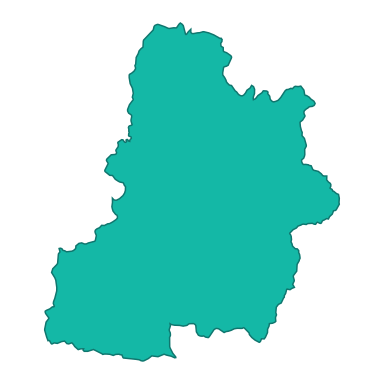 Son Dong, Bắc Giang, Vietnam
{"feature_id": "81297802B10167820950608", "entity_name": "Son Dong", "entity_type": "district", "adm_level": 2, "iso_a3": "VNM", "parent_name": "Vietnam", "parent_adm1": "Bắc Giang", "projection": "robinson", "projection_center": [106.856, 21.328], "detail": "fine", "context": "isolated", "style": "filled", "palette": "teal", "viewbox_px": 384, "rotation_deg": 0, "n_neighbors": 0, "source": "geoboundaries", "source_scale": "gbopen_adm2", "svg_char_len": 5933}
<svg xmlns="http://www.w3.org/2000/svg" viewBox="0 0 384 384"><path d="M338.5,194.4L336.5,193.6L333.6,191.2L332.7,191.0L332.1,189.4L330.2,188.4L330.1,188.0L330.8,186.2L330.8,184.4L330.2,183.3L328.4,182.0L326.7,179.9L326.8,176.0L323.9,176.0L322.7,175.6L321.3,173.8L318.3,171.4L313.6,170.2L312.7,169.3L311.2,165.8L309.0,165.3L308.4,164.8L305.7,164.4L303.4,164.5L302.6,163.7L301.7,162.0L301.6,160.2L301.9,159.6L303.6,158.3L304.5,156.1L304.8,154.5L304.7,149.2L306.2,146.4L306.3,145.2L304.4,138.4L302.0,135.6L302.2,132.3L301.5,130.9L300.4,126.7L300.0,122.7L300.3,121.9L302.6,120.1L304.9,116.4L304.9,115.4L304.3,114.4L303.9,112.8L304.0,111.6L304.4,110.7L306.6,108.7L307.5,108.3L309.4,106.7L312.3,106.4L314.0,105.5L314.6,104.7L315.1,103.4L313.9,101.2L310.8,99.0L309.2,97.2L306.5,95.5L305.2,95.4L304.6,94.3L303.9,90.1L300.8,86.1L298.2,86.6L295.3,86.3L294.4,86.7L292.4,88.7L290.9,88.3L288.4,89.4L286.5,89.6L285.1,90.8L280.8,97.4L278.3,100.2L276.2,101.2L273.7,101.9L272.4,101.5L271.0,100.3L270.2,99.1L269.7,96.2L267.7,93.6L268.0,92.2L267.5,91.5L266.5,91.0L263.5,90.8L263.1,91.0L262.0,92.7L258.0,95.5L255.5,98.7L253.4,99.7L253.2,98.4L253.4,96.7L254.5,93.6L254.6,89.3L253.5,86.6L251.6,85.4L250.1,88.0L247.0,90.2L245.5,93.0L243.6,95.2L242.0,95.9L240.7,95.7L239.3,95.0L238.3,94.2L236.6,91.9L235.2,90.9L231.5,85.5L229.4,85.1L227.3,83.0L226.4,81.7L226.0,80.2L224.6,77.5L222.8,75.0L222.7,72.9L223.6,67.4L224.3,66.8L226.4,66.2L228.1,65.3L231.3,58.3L231.6,57.2L231.3,56.3L230.6,55.5L226.6,52.7L224.1,51.8L223.3,50.9L223.2,47.5L221.4,46.5L221.0,45.9L220.7,43.4L221.9,41.6L222.1,39.4L221.6,39.2L221.2,38.3L219.8,38.3L213.8,34.9L208.8,32.9L204.2,31.8L203.1,31.7L199.7,32.7L197.1,32.9L193.5,33.6L191.9,33.5L190.8,32.4L190.8,29.3L188.3,31.8L186.6,34.2L186.0,34.5L185.5,34.1L183.3,25.7L182.2,24.3L180.3,23.0L179.0,24.2L176.6,27.7L176.0,27.9L173.7,27.8L169.1,28.5L167.9,28.2L164.7,26.7L158.4,24.5L157.4,24.4L155.1,25.3L154.1,26.4L153.2,30.0L143.6,40.1L143.3,41.2L143.0,47.1L140.8,48.9L139.1,50.9L138.2,53.7L136.2,57.4L135.7,64.0L134.9,65.7L135.5,67.6L135.5,68.9L134.0,71.2L131.7,73.1L129.6,74.3L129.2,75.0L129.2,77.7L130.2,83.7L132.4,88.1L133.3,93.4L132.3,97.2L133.2,99.1L133.2,99.7L129.5,104.6L127.6,109.5L127.6,111.0L128.6,113.1L131.2,114.9L131.7,115.8L131.6,117.1L131.0,120.0L131.1,121.2L132.1,124.7L131.4,125.3L129.7,125.8L128.8,126.4L128.4,127.8L128.8,128.9L128.8,131.4L129.2,132.2L128.7,133.8L128.6,135.7L129.1,136.2L130.7,136.7L131.2,137.3L131.3,138.4L130.2,139.5L129.7,140.5L129.7,141.4L128.7,141.1L127.6,139.6L127.1,139.4L126.0,140.1L126.6,141.4L125.7,142.3L125.0,142.3L124.1,141.6L122.9,139.8L121.6,139.7L118.0,142.2L117.8,142.9L118.3,144.6L118.2,146.6L116.0,149.9L115.9,150.7L116.6,152.6L116.3,153.7L115.3,154.4L111.2,154.8L106.9,159.0L106.5,159.9L106.5,160.6L108.1,163.3L108.0,163.9L104.8,170.3L105.0,171.5L109.7,175.3L112.5,175.5L115.3,179.3L118.4,181.3L119.8,182.0L123.0,182.7L123.5,183.2L124.4,185.4L125.5,186.7L125.4,190.4L124.6,193.0L123.0,195.6L119.5,198.7L116.5,200.2L115.2,200.2L114.0,199.9L112.4,198.2L112.5,202.3L111.9,206.7L112.4,209.0L113.1,211.2L115.6,214.4L117.0,215.2L117.4,216.3L117.4,218.2L115.9,219.7L112.7,221.9L109.6,223.6L107.7,223.8L104.4,225.5L101.7,225.3L99.5,227.7L97.0,228.8L95.5,230.0L95.0,231.2L95.2,232.7L96.2,235.1L96.3,235.8L95.3,240.5L94.6,241.3L88.2,243.0L86.4,243.9L84.5,244.0L81.7,242.9L78.9,243.4L75.9,245.9L75.8,248.0L75.2,249.1L73.3,250.6L71.8,251.2L66.5,251.8L64.8,250.8L62.9,250.3L62.0,248.8L61.4,248.5L60.3,248.2L59.1,248.5L59.9,251.5L59.7,252.4L58.7,253.4L58.4,254.1L57.6,263.4L56.6,264.8L52.8,268.7L51.6,272.5L54.8,277.7L55.8,280.2L56.8,287.6L56.7,291.0L54.8,298.4L53.6,301.5L53.3,303.4L54.3,306.3L53.9,306.8L52.3,306.9L49.8,308.9L46.5,310.3L45.2,311.2L45.2,312.2L45.7,313.6L48.8,317.9L48.8,318.5L46.1,322.1L44.7,329.2L44.7,330.2L46.6,336.9L48.0,340.7L48.8,340.5L49.6,340.8L51.1,343.5L51.9,344.0L54.3,342.9L57.3,343.4L61.6,341.6L64.6,341.1L66.9,343.6L68.8,343.9L71.8,342.8L73.5,344.6L74.7,346.5L78.2,349.6L80.5,348.9L83.6,348.8L83.1,350.1L84.2,351.3L87.8,351.3L93.5,349.5L101.7,353.6L102.8,354.4L104.7,354.0L107.5,354.1L109.9,354.3L113.3,355.4L115.7,354.4L119.2,354.2L120.0,354.7L121.9,354.9L123.0,357.6L123.5,358.0L136.1,359.3L139.4,359.8L141.0,360.7L142.8,361.0L143.9,360.8L148.3,358.6L151.8,355.9L158.0,356.7L164.1,354.2L166.5,355.1L171.2,356.2L174.7,357.8L175.8,357.6L175.7,356.9L172.8,353.3L170.1,348.0L169.7,346.7L169.6,337.4L170.4,335.5L170.4,334.1L170.2,332.7L169.4,330.9L169.2,329.7L170.4,325.8L170.1,323.8L171.2,324.5L174.4,325.2L179.6,325.4L183.2,326.1L186.5,325.5L187.4,325.1L188.6,324.0L189.7,323.7L193.6,323.6L195.0,324.4L195.8,325.5L196.4,331.9L198.4,335.2L200.2,336.0L202.2,336.2L203.6,335.9L205.6,337.1L208.2,337.6L209.2,336.8L214.1,329.5L216.1,328.4L218.5,328.7L224.1,332.5L226.0,331.6L228.4,331.2L231.2,330.3L234.2,328.8L237.2,328.3L242.1,328.4L243.5,327.7L244.3,328.0L248.6,332.4L249.1,333.0L249.4,334.6L251.8,337.5L255.0,340.1L259.2,342.3L259.6,342.2L260.4,341.5L261.5,338.8L264.2,338.9L265.4,337.3L267.5,332.6L267.6,329.1L269.0,326.2L269.4,323.6L272.6,323.2L274.9,322.2L275.8,321.3L275.5,318.2L275.6,317.0L276.5,314.9L275.8,312.6L276.3,307.2L278.4,304.4L281.2,303.0L283.5,298.1L284.3,297.2L284.3,295.6L285.6,293.5L286.7,289.3L287.2,289.1L290.0,289.7L292.1,288.3L294.4,287.4L292.7,284.3L294.2,281.0L294.2,280.1L293.3,276.7L293.4,275.6L296.7,271.2L297.1,264.4L299.2,260.7L299.3,259.8L300.0,258.5L300.0,257.4L299.6,254.6L298.7,252.5L298.7,250.6L297.3,248.9L295.2,248.7L292.6,246.2L291.9,243.5L291.0,241.9L291.5,239.6L291.2,236.5L290.7,235.0L289.7,233.6L289.7,233.2L293.2,229.6L296.4,228.0L298.1,226.0L300.9,225.1L302.0,224.4L303.5,224.1L306.2,224.5L307.7,223.6L312.3,223.3L314.2,224.2L315.6,224.3L316.6,222.8L317.4,222.2L319.9,223.3L320.8,223.4L321.5,222.8L322.1,221.3L323.0,220.4L323.8,220.2L326.6,218.6L328.4,219.0L329.6,216.6L332.3,214.1L333.5,210.8L335.5,210.4L336.2,209.8L339.3,204.2L339.0,202.5L339.3,198.3L338.5,194.4Z" fill="#14b8a6" stroke="#0f766e" stroke-width="1.5"/></svg>